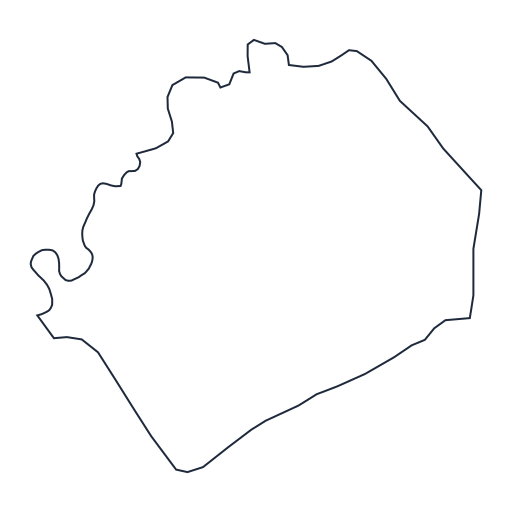 outline of Aguas Corrientes, Canelones, Uruguay
{"feature_id": "84410073B95258076060136", "entity_name": "Aguas Corrientes", "entity_type": "district", "adm_level": 2, "iso_a3": "URY", "parent_name": "Uruguay", "parent_adm1": "Canelones", "projection": "natural_earth1", "projection_center": [-56.387, -34.527], "detail": "fine", "context": "isolated", "style": "outline", "palette": "slate", "viewbox_px": 512, "rotation_deg": 0, "n_neighbors": 0, "source": "geoboundaries", "source_scale": "gbopen_adm2", "svg_char_len": 2033}
<svg xmlns="http://www.w3.org/2000/svg" viewBox="0 0 512 512"><path d="M469.8,318.1L471.5,307.6L473.4,295.3L473.4,248.8L479.1,214.0L481.3,190.2L470.2,178.1L443.2,148.5L427.6,126.4L399.9,100.9L386.2,78.8L371.4,60.8L356.8,51.1L349.0,50.2L341.2,55.5L331.6,61.5L318.6,65.9L303.5,66.8L288.9,65.0L287.6,55.2L281.9,47.0L275.3,43.1L264.9,43.8L253.9,39.9L247.7,44.5L247.6,56.1L249.6,72.3L245.8,72.3L239.2,71.1L233.6,73.5L229.3,84.3L220.4,87.5L218.0,82.7L204.2,77.6L185.7,77.4L172.4,85.1L167.5,97.0L167.8,108.6L171.9,121.6L173.2,133.1L168.1,141.4L155.8,148.3L136.5,153.7L137.3,156.3L138.6,158.1L139.3,159.1L140.2,162.1L139.6,165.9L137.9,169.0L135.1,170.9L131.5,171.1L128.8,171.1L126.7,172.3L124.3,174.8L121.9,178.5L121.6,181.6L121.2,184.4L120.5,186.0L118.3,186.1L115.4,186.3L112.8,185.8L110.6,185.3L107.8,184.3L105.7,183.7L102.7,183.3L100.3,183.9L98.2,185.6L96.5,188.2L95.1,191.2L94.1,194.4L94.1,197.6L94.3,201.2L93.5,205.3L91.7,209.4L89.2,213.8L86.9,218.4L85.4,222.0L84.3,224.5L83.3,226.8L82.4,230.4L82.2,233.9L82.4,237.1L82.9,240.8L83.7,242.9L84.8,245.9L86.3,247.9L88.5,249.5L90.2,251.3L91.3,252.7L92.3,254.9L92.7,257.2L92.4,259.8L92.0,261.7L91.0,264.4L90.1,265.9L88.9,268.5L87.6,270.0L86.2,271.7L84.8,273.2L82.8,274.4L80.6,275.8L78.9,277.1L76.3,278.3L73.5,279.6L71.5,280.6L68.3,280.8L65.5,280.0L63.3,278.0L61.3,276.2L59.9,273.8L59.1,270.9L59.2,267.5L59.1,263.1L58.5,258.6L57.3,255.2L55.3,252.3L52.6,250.4L49.5,249.8L45.9,249.7L42.1,250.1L38.7,251.8L36.0,253.5L33.4,255.9L31.9,259.3L31.0,261.6L30.7,264.0L31.5,267.3L33.3,269.7L35.6,272.3L38.4,275.5L40.9,277.8L43.8,280.6L47.1,284.9L49.3,289.0L51.0,294.5L52.2,299.1L52.2,302.5L52.1,305.1L50.6,308.3L49.1,310.3L47.1,311.6L44.1,313.1L41.7,314.1L40.9,314.4L37.3,315.4L53.9,338.2L66.9,337.1L81.7,339.4L98.0,352.3L115.2,379.3L134.5,410.1L151.2,436.2L176.1,469.6L187.5,472.1L203.0,467.1L228.2,447.2L251.3,429.7L265.7,420.7L298.6,405.5L316.7,394.2L337.2,386.4L365.1,373.9L394.3,357.1L411.7,345.3L424.9,339.8L434.2,328.3L445.4,320.2L469.8,318.1Z" fill="none" stroke="#1e293b" stroke-width="2"/></svg>